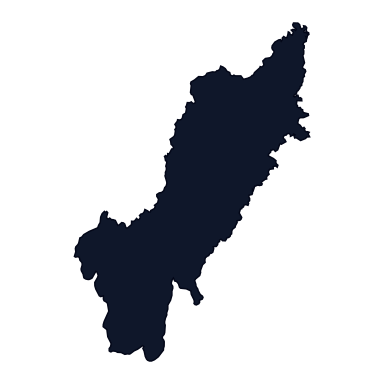 the district of Vazante, Minas Gerais, Brazil
{"feature_id": "56859067B85827505111721", "entity_name": "Vazante", "entity_type": "district", "adm_level": 2, "iso_a3": "BRA", "parent_name": "Brazil", "parent_adm1": "Minas Gerais", "projection": "natural_earth1", "projection_center": [-46.846, -17.863], "detail": "fine", "context": "isolated", "style": "filled", "palette": "ink", "viewbox_px": 384, "rotation_deg": 0, "n_neighbors": 0, "source": "geoboundaries", "source_scale": "gbopen_adm2", "svg_char_len": 5968}
<svg xmlns="http://www.w3.org/2000/svg" viewBox="0 0 384 384"><path d="M163.4,350.1L163.5,348.2L164.1,346.3L164.2,341.7L163.7,340.2L162.6,338.8L162.2,336.8L164.2,334.2L164.7,332.4L165.2,325.1L164.7,323.8L164.6,321.8L165.4,318.2L166.8,314.9L166.6,313.0L167.8,309.2L167.8,305.1L170.5,300.3L171.9,295.3L171.9,291.1L172.8,288.2L172.7,286.2L171.6,284.6L171.2,283.0L172.4,279.2L173.4,278.0L174.7,281.0L176.4,281.4L177.5,282.5L178.5,283.9L179.6,287.4L180.6,288.2L186.3,288.8L190.8,290.9L191.3,294.3L194.0,299.8L194.4,301.9L194.0,303.5L195.1,304.6L196.4,304.9L198.8,303.7L199.6,302.3L199.4,300.3L202.3,299.1L203.0,297.4L202.4,296.1L200.2,294.5L198.1,290.6L197.8,289.1L196.0,286.3L195.8,284.2L194.6,280.5L195.6,278.9L199.7,275.5L200.6,272.5L200.4,271.0L200.9,269.3L202.6,264.7L205.1,262.4L204.8,260.1L205.3,257.8L207.5,256.0L208.6,255.7L210.1,253.2L211.4,253.2L212.8,252.2L213.7,248.7L213.2,246.7L216.3,246.4L217.6,244.7L218.0,242.4L219.5,241.6L219.6,240.0L221.0,239.2L222.6,240.7L225.4,240.8L227.2,237.6L228.7,237.5L230.1,236.3L230.6,234.6L231.6,233.9L231.8,230.8L232.6,229.2L235.1,227.2L235.4,225.7L237.1,222.6L237.0,220.7L240.0,220.2L241.1,219.1L241.7,217.4L239.2,213.0L240.4,209.0L241.7,208.7L242.3,207.3L243.4,207.0L244.0,205.1L245.8,204.6L248.0,205.3L248.6,203.5L248.1,202.0L249.6,200.7L249.6,198.4L248.8,197.0L249.0,195.2L252.0,194.5L252.5,193.1L252.5,189.5L253.3,190.5L254.6,186.4L257.7,185.1L259.5,185.5L261.6,185.1L262.2,183.9L261.2,183.0L262.0,181.6L265.2,179.3L266.7,179.0L266.5,177.3L267.1,176.0L269.1,174.2L268.4,172.8L268.5,171.1L269.6,169.3L273.3,168.8L273.1,166.8L274.3,166.2L275.7,166.0L277.2,167.2L277.9,165.2L276.4,163.9L275.7,162.2L276.0,160.7L273.5,158.6L268.4,155.9L268.5,154.3L270.7,152.0L270.8,150.2L271.9,150.2L272.9,149.4L274.3,150.1L275.3,151.4L277.7,149.8L279.5,144.7L280.4,143.6L281.4,144.2L285.9,141.7L284.6,139.2L283.3,138.7L283.3,137.1L284.2,135.4L286.3,135.0L287.4,133.6L289.3,133.5L290.4,134.8L290.5,136.3L292.8,135.2L293.6,134.0L295.0,134.8L294.0,135.8L294.7,138.0L296.2,137.7L300.6,140.5L305.5,138.5L306.9,137.0L309.6,136.8L308.1,133.9L309.2,132.3L307.6,131.7L306.3,131.9L305.0,130.9L304.4,129.8L305.0,128.7L304.0,127.4L302.9,128.3L301.7,127.5L300.2,125.3L298.0,123.9L297.8,122.2L298.8,118.5L300.2,117.7L303.6,117.6L308.5,115.5L308.2,113.8L303.5,112.6L302.7,111.3L302.6,109.7L301.3,109.3L300.3,107.5L298.7,107.7L297.3,107.0L297.5,105.7L296.4,104.3L296.9,100.6L301.8,100.8L301.6,98.6L300.4,97.7L299.2,98.2L298.3,96.8L298.0,95.3L296.6,95.0L295.9,96.2L294.8,96.9L293.7,96.4L294.2,95.1L296.6,93.1L296.8,91.4L298.0,90.7L299.8,88.1L300.2,86.4L301.7,85.4L301.7,83.6L302.8,81.6L303.0,77.6L304.4,76.4L304.0,74.5L305.7,71.4L305.2,69.7L302.7,68.3L302.6,66.5L304.5,62.8L302.8,55.5L303.7,54.0L303.8,50.9L303.2,49.1L304.2,48.1L304.2,45.6L303.0,44.6L303.8,42.5L306.2,41.4L306.5,39.0L305.8,36.9L307.0,37.7L307.5,35.5L308.9,34.4L308.6,32.7L307.1,32.2L307.1,33.6L305.6,32.2L304.2,32.5L303.8,31.2L304.9,30.1L306.4,29.3L306.7,27.7L305.5,26.2L303.6,25.8L304.0,27.5L301.6,29.2L300.6,27.9L299.6,24.6L297.9,23.1L293.5,23.0L292.7,24.9L293.4,26.6L296.4,29.2L295.6,30.5L294.4,29.6L292.9,29.4L291.3,30.1L293.4,32.3L292.4,35.1L290.1,34.4L289.6,32.6L288.3,31.9L287.8,35.0L286.8,37.7L285.3,37.6L283.7,36.5L282.3,38.0L282.3,39.9L281.2,41.3L280.4,39.6L278.7,39.9L274.9,42.1L272.2,45.8L271.9,47.9L272.6,49.7L273.8,50.7L274.1,52.4L273.0,53.8L272.5,55.4L270.3,57.7L265.4,58.5L262.8,61.0L263.9,64.8L262.8,66.4L261.4,67.0L260.2,66.6L259.7,67.9L254.5,72.6L253.4,75.1L252.2,75.4L250.6,77.0L247.5,78.3L243.5,79.3L240.9,75.9L235.3,75.9L233.9,75.1L232.8,76.0L230.4,75.2L229.7,72.5L227.0,71.3L225.3,68.7L223.1,67.1L220.7,66.1L219.8,69.0L218.4,70.5L216.9,70.7L215.4,72.1L212.3,71.9L207.1,73.2L205.5,75.6L202.9,76.8L198.6,76.6L194.5,80.0L191.0,82.0L190.6,83.7L191.3,85.6L190.5,92.4L191.4,94.4L193.0,95.1L195.4,101.7L194.8,103.2L192.9,103.5L191.3,101.9L189.7,102.7L187.3,102.6L186.5,105.6L185.7,106.9L186.5,108.5L185.7,113.1L183.1,114.7L182.3,118.2L181.4,119.4L179.6,120.0L177.6,119.7L177.3,121.3L174.9,124.4L176.0,126.2L176.0,128.4L174.9,129.4L175.4,131.0L174.8,135.0L173.9,136.6L170.0,139.4L170.7,141.3L171.1,144.4L172.6,145.7L173.5,147.4L173.1,148.8L171.7,149.0L169.2,153.8L167.7,153.6L167.7,155.4L167.0,156.6L165.8,155.5L164.5,156.4L165.0,157.6L165.5,160.6L166.7,161.4L166.7,163.0L165.8,166.2L166.4,167.9L166.3,170.1L165.4,172.3L165.5,174.4L165.0,175.8L166.8,182.0L166.8,183.9L166.0,186.3L164.7,187.6L163.7,190.8L161.6,192.5L159.2,192.9L156.8,194.5L156.8,196.3L158.5,199.1L157.7,202.8L154.5,205.3L155.3,206.5L154.4,208.6L150.8,210.5L150.3,211.9L148.9,212.1L147.9,211.0L144.9,209.5L144.2,211.9L142.7,213.7L140.8,214.1L139.5,215.6L140.3,216.6L140.0,218.2L138.9,219.6L137.7,219.6L136.6,218.4L134.6,220.9L133.2,221.4L131.6,221.2L131.5,224.6L127.0,228.4L125.8,227.4L124.7,224.0L123.4,222.9L121.7,222.6L119.3,224.8L117.8,225.4L115.3,220.4L112.8,219.6L111.7,219.8L109.7,218.1L108.4,219.0L107.1,218.6L106.6,216.9L107.7,212.7L106.7,211.5L105.5,212.4L104.4,211.4L102.2,213.6L101.3,215.6L100.7,217.1L100.2,222.5L98.7,225.1L97.7,227.8L89.3,231.4L83.8,234.6L81.7,237.2L79.9,237.9L78.8,242.8L78.1,244.4L75.8,246.9L75.4,248.6L75.8,251.8L74.4,256.4L75.5,257.1L78.0,256.7L79.3,257.4L80.0,260.3L82.0,262.6L82.2,265.0L81.1,269.0L81.4,270.8L83.1,274.0L83.9,277.8L85.5,278.9L87.5,279.4L88.9,279.5L90.6,278.9L92.1,278.0L95.8,271.4L97.0,272.1L98.2,275.2L97.7,277.3L94.8,282.4L94.9,285.9L95.8,289.0L99.3,295.8L100.7,296.6L103.4,295.8L103.4,299.1L104.0,300.7L106.5,302.2L107.5,303.4L108.8,311.2L104.2,321.4L103.3,324.5L103.2,326.7L106.9,329.6L107.8,336.8L111.0,343.1L111.0,344.8L110.5,346.8L109.2,348.5L109.2,350.9L110.4,351.8L111.5,351.7L112.5,350.9L115.6,351.3L117.5,352.3L121.2,352.5L124.8,354.3L127.8,353.8L129.1,354.1L130.2,353.8L134.0,350.9L137.6,349.2L142.7,345.6L143.9,346.6L142.9,348.4L144.2,351.2L145.3,356.4L146.5,359.0L147.6,360.2L149.5,361.0L151.5,361.0L154.5,359.7L158.3,356.8L163.4,350.1ZM307.1,32.2L306.5,30.9L305.6,32.2L307.1,32.2Z" fill="#0f172a" stroke="#020617" stroke-width="1.5"/></svg>